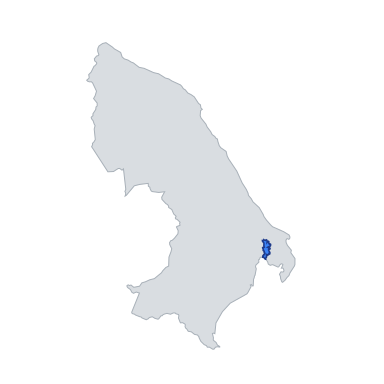 Huancabamba, Piura, Peru shown in context, rotated 173°
{"feature_id": "86281439B18343164378490", "entity_name": "Huancabamba", "entity_type": "district", "adm_level": 2, "iso_a3": "PER", "parent_name": "Peru", "parent_adm1": "Piura", "projection": "natural_earth1", "projection_center": [-79.499, -5.401], "detail": "fine", "context": "in_parent", "style": "filled", "palette": "blue", "viewbox_px": 384, "rotation_deg": 173, "n_neighbors": 0, "source": "geoboundaries", "source_scale": "gbopen_adm2", "svg_char_len": 7140}
<svg xmlns="http://www.w3.org/2000/svg" viewBox="0 0 384 384"><g transform="rotate(173 192 192)"><path d="M268.0,105.9L267.9,107.1L266.6,107.6L265.5,106.8L263.9,107.1L261.4,104.5L255.5,104.9L252.9,107.9L249.0,108.6L244.7,110.0L239.9,110.6L232.2,115.5L230.5,117.5L227.1,120.3L224.2,121.3L222.8,130.2L220.1,135.3L219.0,138.2L220.5,142.5L220.4,144.6L218.9,146.3L217.6,146.4L215.0,148.3L211.1,152.2L210.4,155.2L211.7,159.2L211.2,159.6L208.0,160.4L208.1,162.6L207.5,163.4L210.1,166.6L211.6,167.4L211.7,168.2L211.5,169.0L210.9,169.3L210.8,170.0L212.8,172.4L214.2,177.1L217.0,179.4L217.0,181.0L217.8,182.5L219.3,183.6L222.7,188.3L222.7,190.5L219.1,195.6L225.0,195.6L231.5,197.3L232.4,198.1L233.2,200.4L233.3,201.9L234.6,203.1L234.4,205.9L243.0,205.9L248.5,205.2L257.5,196.8L258.9,196.1L258.1,197.9L258.0,199.2L258.5,200.7L257.4,202.7L257.2,223.3L258.8,222.2L260.9,224.2L262.4,224.3L267.4,221.9L273.0,222.3L286.1,249.2L284.9,251.0L284.9,252.4L283.3,253.6L281.6,255.8L281.4,266.4L280.1,269.7L280.8,271.4L281.5,274.8L282.7,276.8L283.0,278.1L282.8,278.6L281.0,279.8L280.8,281.7L277.5,285.6L276.9,288.1L275.6,289.0L275.3,291.9L278.3,296.7L276.3,299.5L274.5,303.7L277.4,312.5L278.6,313.8L279.9,313.7L281.9,314.5L282.9,315.8L280.5,317.4L280.1,318.2L280.2,321.1L277.5,323.3L273.9,328.8L273.0,329.1L271.1,330.8L270.8,331.6L271.1,332.4L272.6,334.0L272.7,336.1L270.1,338.6L268.4,338.8L267.7,339.5L268.4,342.9L268.3,344.5L267.8,346.3L266.5,348.3L262.6,350.3L259.2,350.7L253.4,345.6L251.6,343.5L245.8,339.2L244.9,334.6L243.0,332.4L239.4,330.7L236.6,328.4L234.5,327.3L229.3,322.2L224.5,320.6L215.6,315.2L210.7,313.4L204.6,308.4L201.2,307.0L198.5,304.7L190.4,299.7L189.2,298.1L188.0,295.6L186.2,294.2L184.1,290.8L181.1,288.8L178.2,286.2L174.7,279.1L173.0,277.5L172.9,274.3L171.7,272.8L173.5,271.8L174.6,266.8L174.0,264.3L169.9,257.6L169.1,254.8L166.1,249.6L165.0,246.5L162.6,244.3L161.6,242.3L160.3,241.5L160.2,239.2L159.3,234.6L158.0,232.4L153.2,228.1L152.7,223.5L151.6,220.3L145.0,207.3L141.1,194.9L137.8,188.0L136.5,184.0L136.4,181.8L134.0,178.1L132.7,174.8L127.2,168.3L124.1,161.1L123.6,158.9L121.5,155.0L118.0,149.8L116.3,147.7L105.8,141.4L100.9,137.5L100.3,135.5L100.5,134.3L101.6,133.2L103.1,134.1L104.0,133.7L104.7,132.3L104.7,130.2L103.8,127.4L100.5,122.1L101.3,119.7L97.9,113.4L98.7,107.4L99.5,105.9L104.6,99.8L106.0,97.2L108.1,95.6L110.4,93.1L113.1,91.3L113.8,91.9L114.6,95.2L114.5,97.3L115.2,99.7L113.4,101.9L111.4,101.5L110.6,102.0L110.3,103.1L110.6,104.7L111.1,105.4L112.6,105.5L110.6,108.7L110.8,109.3L112.2,109.9L113.5,109.1L115.0,107.2L115.8,107.0L120.9,110.1L123.3,109.7L125.1,111.2L125.4,113.5L127.9,117.9L131.7,119.0L132.4,118.6L133.2,117.0L134.1,116.7L134.2,114.2L137.6,111.6L138.1,109.8L137.6,108.5L137.7,107.5L139.6,101.6L140.2,101.0L140.8,99.1L141.5,98.0L142.7,91.4L143.6,91.4L144.4,93.0L145.5,92.6L144.9,91.1L145.1,90.6L148.8,85.4L149.9,84.2L167.6,77.0L176.4,69.5L184.2,59.1L186.6,48.6L187.5,49.3L189.0,49.1L188.5,44.8L188.9,42.8L188.8,42.2L186.4,39.7L185.4,36.9L183.3,35.3L183.4,34.7L185.6,35.3L187.6,35.1L189.4,33.3L190.7,33.5L193.6,35.9L195.7,36.1L196.4,37.8L198.5,39.0L201.4,42.7L202.8,46.6L202.7,47.3L204.0,49.4L206.9,50.4L209.7,53.3L212.7,54.2L214.0,56.9L214.9,57.7L215.3,59.2L214.8,61.0L215.2,61.9L217.4,63.5L219.3,63.5L219.7,64.3L220.8,68.6L220.1,70.8L220.3,72.0L222.8,73.1L223.5,74.0L225.5,74.2L228.2,73.3L231.7,74.6L234.3,74.2L235.6,73.8L236.8,72.8L237.8,72.9L240.6,70.1L241.3,69.9L244.2,71.1L246.6,73.0L249.6,72.6L250.9,71.5L253.0,70.8L257.0,73.1L257.8,74.2L258.9,74.5L263.1,76.8L263.9,77.7L266.1,78.6L266.5,79.4L266.4,80.2L256.5,98.1L259.5,99.5L262.4,98.6L263.9,99.8L265.0,102.7L267.2,104.7L268.0,105.9Z" fill="#d9dde1" stroke="#a8b0b8" stroke-width="1"/><path d="M123.3,121.0L123.2,121.2L123.1,121.3L123.2,121.5L123.0,121.8L122.9,121.8L123.0,121.7L123.0,121.4L122.9,121.3L122.8,121.2L122.7,120.9L122.5,121.0L122.3,121.1L122.3,121.3L122.2,121.4L122.2,121.6L122.2,121.9L122.1,122.2L122.1,122.4L122.3,122.5L122.4,122.8L122.2,122.9L122.2,123.0L122.3,123.1L122.4,123.3L122.5,123.7L122.6,123.8L122.8,124.2L122.9,124.3L122.9,124.7L123.0,124.8L123.1,125.0L123.0,125.4L123.0,125.6L122.8,125.7L122.8,125.8L122.4,125.8L122.3,125.7L122.2,125.7L121.9,125.7L121.7,125.9L121.4,126.1L121.4,126.3L121.4,126.5L121.5,126.8L121.8,126.9L122.1,127.0L122.5,127.1L122.9,127.3L123.0,127.4L123.3,127.6L123.2,127.6L123.1,127.8L123.2,128.2L123.0,128.3L122.9,128.4L122.7,128.4L122.6,128.2L122.3,127.9L122.2,127.8L122.1,127.6L122.0,127.4L121.9,127.6L121.9,127.8L121.8,128.0L121.7,128.2L121.5,128.4L121.5,128.5L121.4,128.6L121.3,128.8L121.1,128.9L120.9,128.9L120.9,129.0L120.6,129.4L120.4,129.6L120.4,129.8L120.3,130.1L120.4,130.3L120.5,130.3L120.5,130.5L120.8,130.4L121.1,130.4L121.2,130.6L121.4,130.6L121.5,130.8L121.7,131.0L121.4,131.4L121.5,131.5L121.9,131.7L122.1,131.9L122.2,132.0L122.1,132.5L121.9,132.8L121.8,133.0L121.8,133.3L121.8,133.5L122.2,133.7L122.3,133.7L122.3,133.8L122.5,133.8L122.9,133.6L123.0,133.6L123.1,133.3L123.4,133.2L123.6,133.0L123.5,133.4L123.4,133.5L123.5,133.7L123.5,133.9L123.4,133.9L123.3,134.0L123.5,134.2L123.5,134.3L123.5,134.6L123.7,134.8L123.8,135.1L123.7,135.2L123.9,135.4L124.0,135.3L124.3,135.4L124.6,135.4L124.7,135.2L124.8,135.2L125.0,135.0L125.3,135.1L125.5,135.1L125.8,135.2L125.9,135.3L126.0,135.5L126.4,135.7L126.6,136.0L126.9,135.6L127.2,135.5L127.4,135.4L127.5,135.3L127.4,135.3L127.5,135.3L127.4,135.2L127.5,135.1L127.6,134.9L127.9,134.7L127.8,134.4L127.6,134.3L127.6,134.1L127.5,133.9L127.4,133.8L127.3,133.6L127.3,133.4L127.2,133.2L127.3,133.2L127.2,133.0L127.0,132.9L127.0,132.7L126.9,132.5L126.9,132.4L126.9,132.2L126.9,131.8L126.9,131.7L126.9,131.4L127.1,131.1L127.1,130.8L127.1,130.6L127.2,130.3L127.2,130.1L127.3,129.8L127.2,129.7L127.3,129.6L127.2,129.4L127.2,129.2L127.1,128.9L127.0,128.7L126.9,128.6L126.9,128.4L127.0,128.3L127.1,128.2L127.3,128.2L127.4,128.3L127.6,128.3L127.8,128.3L128.1,128.3L128.2,128.2L128.3,128.2L128.5,128.3L128.7,128.2L128.7,127.8L128.6,127.7L128.5,127.3L128.4,127.3L128.4,127.2L128.5,126.8L128.3,126.6L128.3,126.3L128.3,126.1L128.3,125.8L128.2,125.7L128.3,125.5L128.2,125.5L128.1,125.4L128.0,125.2L127.9,124.9L128.0,124.7L127.9,124.5L127.7,124.5L127.7,124.4L127.5,124.2L127.5,123.9L127.6,123.7L127.6,123.4L127.7,123.2L127.3,122.9L127.3,122.6L127.2,122.5L127.2,122.4L127.3,122.4L127.4,122.2L127.5,122.2L127.8,121.6L127.9,121.3L128.2,121.2L128.3,121.2L128.5,121.1L128.4,120.9L128.6,120.8L128.6,120.7L128.8,120.4L128.7,120.3L128.8,120.2L129.0,120.2L129.4,120.1L129.5,120.0L129.5,119.9L129.6,119.7L129.6,119.4L129.7,119.2L129.6,118.9L129.7,118.6L129.0,118.6L128.9,118.6L128.7,118.2L128.5,117.9L128.4,117.8L128.3,117.6L128.2,117.4L128.1,117.2L127.9,117.2L127.7,117.2L127.5,116.8L127.5,116.6L127.4,116.3L127.0,116.3L127.0,116.5L127.0,117.1L126.9,117.3L126.7,117.6L126.5,117.8L126.2,117.9L126.1,118.4L126.1,118.5L125.9,118.6L125.9,119.0L125.8,119.3L125.7,119.6L125.7,119.8L125.8,120.0L125.7,120.2L125.7,120.4L125.6,120.5L125.5,120.8L125.4,120.9L125.5,121.0L125.4,121.0L125.1,120.6L124.9,120.6L124.7,120.5L124.4,120.4L124.2,120.4L124.2,120.2L124.0,120.3L123.9,120.4L123.9,120.5L123.7,120.9L123.3,121.0L123.3,121.0Z" fill="#3b82f6" stroke="#1e3a8a" stroke-width="1.5"/></g></svg>